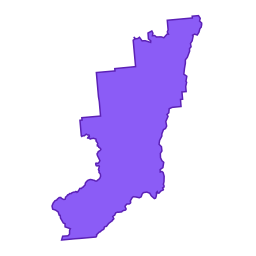 Sanders, Montana, United States of America, rotated 265°
{"feature_id": "52423323B19966710463863", "entity_name": "Sanders", "entity_type": "district", "adm_level": 2, "iso_a3": "USA", "parent_name": "United States of America", "parent_adm1": "Montana", "projection": "natural_earth1", "projection_center": [-115.304, 47.691], "detail": "fine", "context": "isolated", "style": "filled", "palette": "violet", "viewbox_px": 256, "rotation_deg": 265, "n_neighbors": 0, "source": "geoboundaries", "source_scale": "gbopen_adm2", "svg_char_len": 4141}
<svg xmlns="http://www.w3.org/2000/svg" viewBox="0 0 256 256"><g transform="rotate(265 128 128)"><path d="M22.2,52.1L22.3,65.3L22.2,70.5L22.2,72.2L22.2,73.7L22.2,74.7L22.2,83.3L22.2,86.6L23.4,87.5L24.3,87.3L26.9,90.4L26.9,91.1L28.3,92.9L28.9,94.3L29.6,95.3L31.2,95.7L31.7,96.3L31.9,98.0L34.6,100.4L37.2,104.5L38.0,104.7L38.2,105.4L38.8,106.0L41.1,105.1L41.8,106.0L42.3,107.1L44.5,108.3L45.1,110.2L44.9,111.1L45.0,114.4L45.7,115.1L46.3,116.6L46.3,117.9L46.7,118.6L47.5,119.1L49.9,118.2L50.7,118.5L52.4,120.3L52.2,122.5L52.8,123.6L53.3,124.1L54.3,124.2L55.0,123.9L56.7,125.0L58.2,126.1L59.1,127.3L58.6,129.9L57.5,133.2L58.3,135.1L60.2,136.0L60.7,136.1L62.3,137.7L62.5,141.2L61.1,144.0L59.1,144.9L58.1,145.5L55.4,148.1L55.7,149.3L57.1,150.0L59.7,150.7L61.0,150.6L62.1,151.6L60.5,152.2L60.4,153.2L62.4,155.3L63.3,157.8L63.6,157.9L65.3,157.3L66.2,158.8L67.5,158.8L69.0,158.3L69.6,158.6L71.5,159.2L76.8,159.8L80.6,159.1L81.8,157.9L81.4,156.3L83.8,156.4L85.5,159.3L90.7,160.6L92.4,159.0L95.5,157.8L99.9,158.0L102.2,159.8L106.4,159.7L109.1,157.5L112.9,158.4L117.0,161.0L119.2,161.2L123.3,163.2L124.2,165.3L126.6,166.7L131.2,166.2L136.1,168.9L138.1,168.0L139.6,170.0L143.6,170.7L144.7,173.8L144.8,182.7L151.9,182.8L151.9,184.9L159.2,184.9L159.2,189.1L164.3,189.1L168.4,190.4L169.5,189.8L174.4,191.1L176.8,188.3L182.6,189.5L187.5,190.8L190.9,191.1L193.3,193.3L199.2,196.1L201.7,196.2L203.4,197.9L206.8,197.6L209.2,199.5L213.9,200.9L214.8,200.4L215.7,202.5L214.6,205.1L217.2,207.0L220.7,208.3L222.2,209.8L222.3,209.8L222.5,209.8L222.9,209.9L223.1,210.0L223.8,210.2L224.1,210.3L224.3,210.3L224.4,210.2L224.5,210.3L224.9,210.3L225.1,210.5L225.4,210.4L225.6,210.5L225.8,210.5L226.2,210.5L228.3,208.6L231.0,209.5L233.8,208.0L233.8,201.7L232.0,201.7L231.9,176.5L222.2,176.5L220.3,175.5L218.0,176.4L218.1,175.1L214.8,171.6L215.9,169.0L216.2,164.2L217.8,162.6L217.8,160.4L220.3,161.1L222.6,160.2L220.9,156.2L215.0,156.1L212.8,158.3L211.3,158.0L213.5,152.6L213.6,149.6L217.4,147.3L216.3,145.6L216.2,143.3L218.2,141.7L216.1,142.7L215.0,140.8L188.5,140.9L188.3,120.0L186.0,120.0L186.0,113.7L186.0,101.3L161.7,101.3L156.9,101.7L142.3,101.7L142.3,82.9L139.9,82.9L139.9,80.8L138.7,80.8L136.5,80.8L131.4,80.8L127.9,80.8L124.3,80.8L123.6,81.2L123.8,81.6L124.1,82.1L124.1,82.9L124.1,84.0L124.7,84.7L125.1,85.2L125.5,85.9L125.2,86.4L124.6,86.9L124.5,87.7L124.3,88.6L123.8,88.7L123.1,88.8L122.8,88.1L122.1,87.2L121.6,86.9L121.3,87.3L121.4,87.6L121.4,88.5L120.8,89.2L120.3,89.3L120.3,89.9L120.5,90.2L120.7,91.0L120.7,91.6L120.6,92.1L120.8,92.6L120.5,93.3L120.1,94.2L120.0,94.7L119.7,95.1L119.3,95.2L118.8,95.1L118.2,95.3L117.9,95.0L117.4,95.4L116.8,95.7L116.2,96.1L115.4,96.5L114.7,96.4L114.0,95.9L112.8,95.9L112.6,96.4L112.7,96.7L112.1,97.1L111.3,97.2L110.6,98.2L110.0,98.7L109.6,99.0L109.0,99.1L108.5,98.7L107.9,98.0L107.5,97.2L107.1,96.3L106.0,95.8L105.2,95.0L104.4,94.9L103.0,95.2L101.8,95.7L100.8,96.1L99.5,96.6L97.9,97.2L96.7,96.4L95.7,95.6L95.5,94.7L95.7,93.7L95.8,93.1L95.2,92.7L94.3,92.8L93.3,93.0L93.0,93.5L92.9,94.1L93.0,95.0L92.9,95.7L92.4,96.1L91.9,96.0L90.6,95.5L89.1,94.9L88.1,95.3L88.0,95.6L87.1,95.5L86.7,95.2L86.1,95.3L85.8,95.6L85.1,96.2L83.9,96.5L82.4,96.5L81.4,96.1L80.4,95.5L79.8,94.9L79.2,94.1L78.7,93.1L78.0,92.4L77.9,91.5L78.2,90.6L78.9,89.7L79.1,88.6L79.6,87.6L79.8,86.6L80.0,85.9L79.8,85.2L79.6,84.2L79.4,83.5L79.1,83.1L78.8,82.8L78.5,82.2L78.1,81.8L77.4,81.3L76.8,80.7L76.3,80.6L75.3,80.4L74.6,79.9L74.3,79.4L73.8,78.9L73.1,78.4L73.0,77.7L72.9,77.3L72.3,76.9L71.8,76.3L71.9,75.7L72.1,75.0L71.9,74.6L71.1,74.2L70.7,73.9L70.1,73.3L69.5,72.9L68.8,72.5L68.7,72.1L68.5,71.7L68.8,71.7L69.1,71.0L69.3,70.3L68.8,69.6L68.8,68.9L68.8,67.9L68.5,67.1L68.3,66.4L67.6,65.5L67.8,64.2L67.0,63.2L66.6,62.6L66.7,62.1L66.1,61.6L65.5,61.1L64.9,60.3L64.5,59.7L63.3,59.5L62.5,59.1L62.4,58.0L62.5,57.5L62.9,56.8L63.5,56.0L63.9,55.3L64.4,55.2L64.6,55.1L64.7,54.8L64.7,53.9L64.7,53.3L64.1,52.6L63.6,51.8L63.1,51.2L62.5,50.8L61.9,48.9L59.7,46.9L56.9,45.5L53.7,45.9L52.5,48.7L50.5,51.1L47.1,51.9L46.9,52.8L44.1,52.9L39.0,55.3L38.2,56.9L35.0,56.7L32.7,61.8L31.2,60.9L27.3,60.5L25.8,58.8L25.9,53.5L22.2,52.1Z" fill="#8b5cf6" stroke="#5b21b6" stroke-width="1.5"/></g></svg>